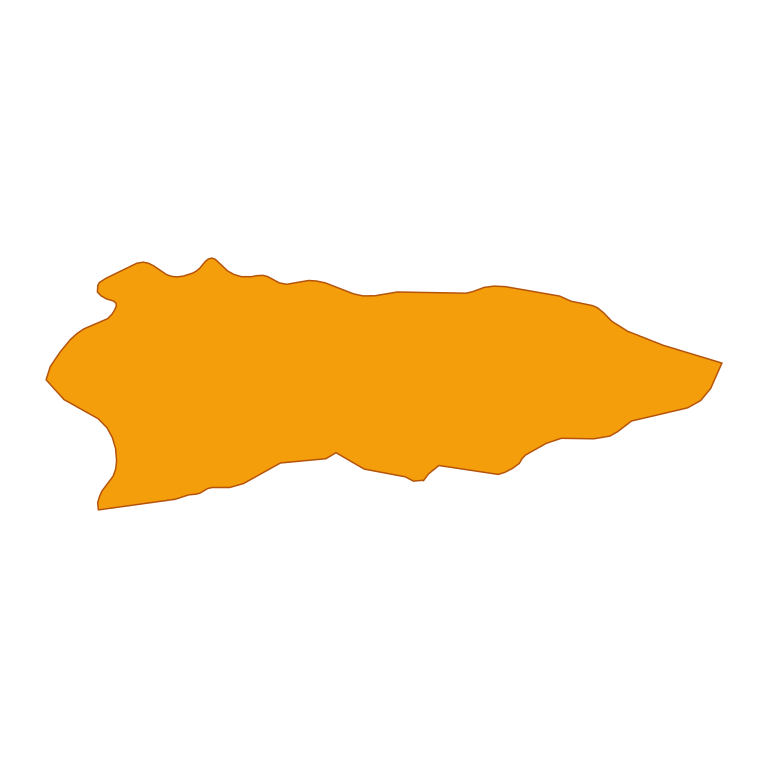 Calarasi, Equal Earth projection
{"feature_id": "ROU-129", "entity_name": "Calarasi", "entity_type": "County", "adm_level": 1, "iso_a3": "ROU", "parent_name": "Romania", "parent_adm1": "", "projection": "equal_earth", "projection_center": [26.943, 44.314], "detail": "fine", "context": "isolated", "style": "filled", "palette": "amber", "viewbox_px": 768, "rotation_deg": 0, "n_neighbors": 0, "source": "natural_earth", "source_scale": "10m", "svg_char_len": 1449}
<svg xmlns="http://www.w3.org/2000/svg" viewBox="0 0 768 768"><path d="M413.4,481.1L405.2,476.8L364.3,469.1L336.0,452.7L325.9,458.7L280.4,463.0L243.6,483.5L229.7,487.5L212.2,487.5L207.7,488.5L200.0,493.1L196.3,494.1L188.5,494.9L175.5,499.2L98.4,509.9L98.3,509.7L97.7,502.7L99.1,497.6L101.8,491.2L113.1,476.2L115.6,469.4L116.6,461.0L115.6,448.6L112.4,437.7L107.1,427.9L98.3,418.8L64.0,399.6L46.1,379.8L50.3,366.5L60.3,351.8L70.4,339.5L77.2,333.4L84.2,328.7L107.6,318.7L112.0,314.2L114.7,309.9L116.3,306.0L116.0,303.2L113.7,301.1L106.5,298.9L101.1,295.9L97.4,292.0L97.8,285.6L99.3,282.6L106.1,278.2L136.9,263.2L143.2,262.2L148.7,263.3L154.1,266.1L166.5,274.6L171.3,276.3L176.8,276.9L183.4,276.1L192.6,273.1L196.3,271.1L199.7,268.3L205.5,261.2L208.4,259.0L211.9,258.1L215.3,259.3L227.8,271.1L234.3,274.6L241.5,276.7L251.3,276.7L257.3,275.6L263.1,275.4L267.7,276.6L279.2,282.8L286.4,284.3L308.6,280.5L316.3,281.0L325.3,282.9L353.7,293.9L363.0,295.9L374.7,295.8L397.2,292.0L466.2,293.2L473.1,291.5L484.2,287.4L494.0,286.1L505.7,286.7L559.7,296.1L571.0,301.2L592.5,305.6L597.5,307.8L603.5,312.7L611.8,321.3L627.7,331.3L663.2,345.3L721.9,363.1L710.7,388.4L700.7,400.5L687.7,407.8L631.5,421.0L617.7,431.6L609.8,436.1L593.9,438.8L561.3,438.3L546.3,443.3L525.7,454.9L522.2,458.5L519.3,463.4L512.5,468.4L504.5,472.5L498.1,474.4L438.9,465.5L433.2,470.1L428.4,474.0L423.5,480.7L422.9,480.3L413.4,481.1Z" fill="#f59e0b" stroke="#b45309" stroke-width="1.5"/></svg>